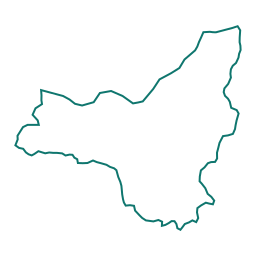 the district of Ceres, Goiás, Brazil
{"feature_id": "56859067B10166822363593", "entity_name": "Ceres", "entity_type": "district", "adm_level": 2, "iso_a3": "BRA", "parent_name": "Brazil", "parent_adm1": "Goiás", "projection": "robinson", "projection_center": [-49.639, -15.273], "detail": "fine", "context": "isolated", "style": "outline", "palette": "teal", "viewbox_px": 256, "rotation_deg": 0, "n_neighbors": 0, "source": "geoboundaries", "source_scale": "gbopen_adm2", "svg_char_len": 1832}
<svg xmlns="http://www.w3.org/2000/svg" viewBox="0 0 256 256"><path d="M196.2,222.1L198.2,218.1L197.0,212.4L197.4,208.1L201.1,205.4L205.8,202.7L209.3,203.6L212.9,204.3L214.2,200.6L211.3,196.8L207.7,193.9L205.3,188.2L201.8,183.7L199.6,181.3L199.8,176.5L200.9,170.4L204.5,167.4L207.9,163.2L211.0,162.1L215.1,161.9L217.1,158.5L217.0,152.7L218.2,148.2L219.5,142.9L223.0,136.1L228.0,135.4L232.9,133.9L235.0,129.1L235.6,125.2L236.6,120.4L238.6,113.5L236.7,110.1L231.2,107.8L229.8,101.8L228.0,98.7L225.0,95.8L223.7,92.1L224.4,88.4L228.2,83.9L230.9,77.6L230.4,73.8L230.9,69.3L232.8,65.7L236.0,63.0L238.5,57.6L239.1,53.8L240.6,50.0L240.4,45.7L239.6,42.2L239.7,37.4L240.2,30.3L237.6,26.2L232.6,27.9L215.9,32.3L212.9,32.2L209.9,31.8L203.4,32.2L201.0,37.7L199.0,42.0L197.3,46.6L195.1,50.4L184.5,59.5L179.4,68.0L170.9,73.3L159.5,79.4L153.2,89.0L142.8,101.4L138.0,102.5L133.0,103.4L122.6,96.0L111.1,91.0L99.9,93.0L96.6,97.9L93.7,102.2L82.1,105.5L75.0,103.8L69.5,99.5L63.1,96.0L41.1,90.1L41.5,95.3L41.4,100.2L42.0,104.1L35.5,108.3L32.6,114.8L37.7,120.4L38.8,124.9L27.5,124.9L23.0,127.1L17.5,135.8L17.7,139.4L15.4,145.3L19.0,147.9L23.2,148.8L25.9,152.4L28.6,154.3L31.7,155.4L34.3,154.0L38.4,151.2L42.2,152.4L45.2,153.3L49.2,152.5L53.5,152.9L57.2,152.9L62.2,153.4L65.5,155.5L69.6,154.6L72.5,154.8L74.4,157.7L77.2,159.2L77.9,163.0L82.7,163.2L87.5,163.0L93.0,160.5L96.8,162.1L101.3,163.3L106.5,164.8L110.0,166.9L114.1,168.3L116.4,170.2L118.3,177.1L120.3,181.8L121.4,185.8L121.8,189.9L122.2,194.4L123.0,199.1L123.9,202.5L125.7,205.6L130.0,205.2L134.0,205.8L135.1,210.6L139.4,215.2L142.1,217.9L145.9,220.4L153.4,221.4L158.4,220.0L162.1,221.7L161.9,225.8L165.4,224.9L168.7,223.1L171.6,221.1L174.5,221.2L176.4,224.0L177.4,228.2L180.4,229.8L182.3,227.4L184.8,224.0L189.0,222.4L192.4,220.4L196.2,222.1Z" fill="none" stroke="#0f766e" stroke-width="2"/></svg>